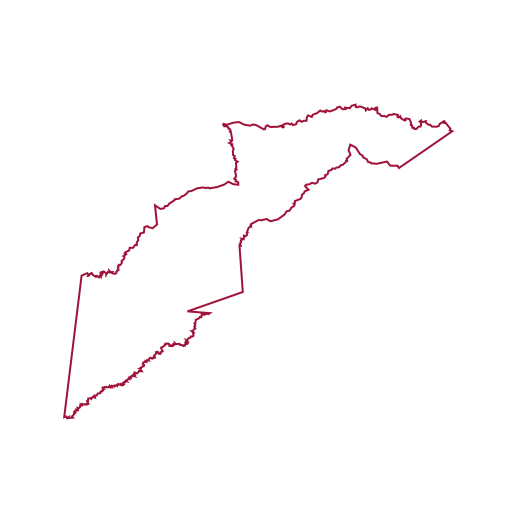 outline of La Montañita, Caquetá, Colombia, rotated 83°
{"feature_id": "7082276B18236401251587", "entity_name": "La Montañita", "entity_type": "district", "adm_level": 2, "iso_a3": "COL", "parent_name": "Colombia", "parent_adm1": "Caquetá", "projection": "robinson", "projection_center": [-75.265, 1.373], "detail": "fine", "context": "isolated", "style": "outline", "palette": "rose", "viewbox_px": 512, "rotation_deg": 83, "n_neighbors": 0, "source": "geoboundaries", "source_scale": "gbopen_adm2", "svg_char_len": 6125}
<svg xmlns="http://www.w3.org/2000/svg" viewBox="0 0 512 512"><g transform="rotate(83 256 256)"><path d="M120.9,272.0L121.5,272.6L123.4,271.7L123.3,270.2L124.5,268.1L126.3,267.8L126.4,266.7L128.3,265.9L129.3,266.8L130.0,265.8L138.0,265.4L138.8,266.0L138.3,267.1L139.6,266.6L140.5,268.6L141.0,267.4L142.6,267.1L142.4,266.0L143.9,266.3L147.2,265.1L148.8,266.2L153.1,266.4L154.2,264.9L156.0,266.0L157.0,264.6L157.9,265.3L160.2,262.8L161.0,264.5L165.9,264.8L166.8,265.7L167.8,264.8L168.7,266.5L174.5,266.0L176.7,268.1L177.7,266.7L179.4,267.3L180.0,265.3L181.1,264.6L183.1,264.9L182.0,269.7L178.9,274.4L181.2,278.7L182.8,286.0L183.2,293.9L182.2,295.3L182.5,296.9L181.5,300.5L181.7,306.5L183.5,311.7L183.8,315.6L185.3,316.8L187.4,320.3L187.7,322.5L189.7,325.1L189.8,329.8L190.9,330.3L193.2,335.4L195.6,337.8L195.3,340.2L197.4,341.4L197.6,345.2L193.4,350.1L212.7,350.4L215.8,355.2L214.3,359.1L213.1,360.0L213.7,363.2L219.0,364.4L219.5,368.1L222.1,369.0L223.1,371.0L226.0,370.9L227.8,372.6L230.7,373.0L230.3,374.6L232.9,377.0L232.5,380.4L235.0,381.2L236.5,385.4L238.0,384.7L238.0,385.7L238.7,385.2L240.0,387.6L241.1,386.7L242.5,387.1L244.7,390.1L246.3,389.9L247.8,391.0L248.4,392.3L248.0,393.1L249.6,394.4L250.4,393.8L252.6,395.0L253.1,394.3L254.5,396.5L255.8,396.6L256.5,397.9L256.2,399.5L255.4,400.8L254.5,400.2L254.2,402.5L252.8,403.4L254.3,403.5L253.6,404.6L256.3,406.9L254.8,406.7L252.7,409.1L253.1,411.0L253.8,410.4L253.9,411.3L254.6,411.1L254.4,410.3L255.7,411.0L254.5,412.4L257.9,412.5L256.9,413.6L258.1,414.5L256.3,416.2L256.3,417.4L257.1,417.6L255.0,420.2L252.0,421.5L253.6,421.4L253.6,423.2L255.1,424.2L255.2,425.1L254.3,424.5L252.5,425.6L254.2,431.5L392.5,466.0L392.0,464.2L393.6,463.5L393.1,462.0L393.9,462.6L394.1,457.4L392.9,458.2L391.0,456.0L389.2,455.6L389.9,454.8L389.4,453.7L389.3,455.0L388.0,454.6L388.4,453.9L387.5,453.4L387.5,452.5L386.6,452.9L387.0,451.5L385.0,451.6L385.6,450.7L384.8,449.3L382.4,448.5L383.3,448.1L381.8,446.9L382.8,446.4L382.0,445.7L382.9,442.5L382.5,441.2L382.1,442.2L381.6,440.7L379.5,441.2L379.6,440.3L377.1,440.0L376.9,437.3L377.8,436.9L375.9,435.2L376.9,433.1L374.8,433.3L375.1,431.3L373.3,429.9L373.1,427.1L371.9,427.0L371.3,425.3L370.2,425.4L371.3,424.8L370.5,424.0L368.4,424.3L368.9,423.0L367.9,423.4L367.6,420.8L368.3,419.9L368.0,417.7L367.3,417.3L368.7,416.8L368.8,415.8L368.1,416.7L367.1,415.3L367.7,414.6L367.3,412.5L368.2,412.2L367.0,410.0L368.0,409.5L366.2,408.4L367.0,407.3L366.5,406.2L367.8,405.7L368.1,403.9L367.5,403.0L366.8,404.3L365.9,403.8L364.9,401.9L365.6,402.0L365.5,401.1L364.0,400.5L364.4,399.6L363.8,400.0L362.6,397.9L362.9,396.7L361.4,396.7L362.2,395.1L360.9,394.3L360.7,395.3L359.8,393.3L360.5,391.4L359.9,391.9L359.5,390.5L358.6,390.8L358.6,391.7L357.8,390.3L357.6,391.2L356.8,390.8L358.0,388.2L356.0,386.0L356.3,384.1L355.6,384.8L355.5,384.1L354.9,384.6L353.5,383.9L353.3,384.9L351.3,380.5L350.4,380.4L349.7,381.6L347.9,380.8L347.7,379.2L346.7,378.7L347.8,377.5L346.2,376.9L346.7,375.1L345.8,375.5L344.1,373.4L344.7,372.1L344.2,369.7L344.9,370.2L344.5,368.7L342.7,369.5L340.3,366.6L339.3,366.9L339.0,365.4L341.3,364.2L341.4,362.7L339.9,362.5L339.3,360.3L335.5,361.5L334.1,358.1L332.0,356.7L332.1,355.8L332.8,356.2L332.0,354.5L332.6,353.1L334.1,352.9L334.3,351.3L334.9,352.0L335.3,349.8L334.2,347.9L333.4,348.5L333.2,347.3L332.3,347.3L333.8,345.9L333.8,342.7L335.0,342.3L335.2,340.5L336.5,339.3L335.7,338.2L336.2,337.6L335.1,337.4L335.0,335.2L334.2,334.4L333.5,335.8L333.0,334.6L332.4,335.9L331.8,335.1L330.8,335.6L331.3,334.5L329.7,333.5L328.9,330.9L328.0,330.7L328.1,328.4L327.3,327.6L325.0,328.0L324.6,327.0L322.7,328.9L322.8,327.6L321.4,326.8L320.7,325.1L318.6,325.9L317.8,324.7L315.4,325.3L315.0,324.2L312.1,323.6L310.7,319.7L309.6,319.1L310.0,317.6L307.4,317.1L308.0,314.4L307.0,314.0L307.7,312.8L307.1,311.9L307.9,310.3L307.1,308.7L302.6,330.8L290.1,273.5L243.5,271.1L243.9,269.9L241.4,270.3L240.6,269.1L238.7,269.2L238.0,267.6L237.2,268.1L237.9,266.2L234.4,265.4L235.2,264.5L234.2,262.4L231.9,262.4L231.6,261.5L231.0,261.9L227.1,259.9L226.6,258.5L225.2,257.8L225.8,257.2L223.7,257.0L220.5,248.6L221.2,246.7L220.6,240.9L223.3,237.4L222.3,229.8L218.3,222.6L215.3,220.1L215.1,217.2L212.4,215.1L211.0,212.1L209.8,211.4L208.6,212.3L208.0,210.9L206.2,210.7L204.8,205.0L202.9,203.3L200.9,203.0L199.6,200.9L197.7,199.7L196.7,195.8L192.6,198.8L191.4,197.7L191.3,194.0L190.1,191.5L191.4,188.7L190.5,186.1L187.6,184.9L186.9,179.2L185.6,177.4L184.4,177.7L183.6,175.0L180.4,173.7L179.7,170.5L178.4,169.5L179.0,166.8L178.1,165.7L178.0,162.7L176.3,161.0L176.1,158.9L173.7,155.4L172.6,155.1L172.7,153.9L170.6,154.2L167.2,149.9L162.2,151.2L157.0,148.8L160.5,143.7L167.3,140.5L169.5,137.9L171.1,137.6L173.5,134.3L176.5,133.2L177.0,131.1L178.1,130.3L179.2,124.7L178.2,114.6L182.7,111.7L183.7,104.5L186.1,103.4L156.1,46.0L154.8,48.4L153.4,47.5L145.1,52.8L145.4,53.6L146.7,53.2L146.0,55.0L147.3,57.6L149.2,58.7L149.7,61.1L149.0,65.6L146.9,67.2L146.7,68.9L144.3,71.2L142.8,71.0L143.4,73.8L142.7,75.5L141.6,75.6L142.5,77.1L143.1,76.3L145.7,76.1L147.4,76.8L147.5,79.1L149.4,81.2L149.3,83.3L147.9,83.6L147.8,85.2L145.3,85.3L145.0,86.3L142.3,85.9L138.8,87.0L137.7,90.6L138.4,91.4L139.4,91.1L139.6,92.1L136.8,95.5L134.9,95.7L135.8,97.7L135.1,98.6L133.3,98.0L131.8,102.2L132.4,103.3L132.1,107.0L133.9,109.4L132.8,111.1L132.4,114.5L130.0,116.0L129.1,118.0L123.4,117.7L123.5,119.4L125.5,119.8L123.5,123.1L124.7,124.4L124.6,126.2L123.0,127.1L124.8,129.2L122.9,129.5L120.8,133.2L120.1,135.1L120.8,137.4L120.3,138.8L117.9,138.8L118.6,142.9L120.7,144.8L119.6,149.4L121.1,149.2L120.9,152.2L118.0,154.6L118.5,157.4L119.7,158.3L120.6,160.9L121.5,165.2L119.9,168.4L121.6,169.0L121.8,170.1L120.4,170.9L120.7,172.8L119.4,174.5L121.5,177.8L122.8,182.6L124.8,183.7L122.8,187.2L124.6,188.6L127.9,189.4L127.6,192.2L128.4,194.3L126.6,196.3L128.0,199.2L130.0,200.0L130.6,203.3L128.8,204.5L129.7,206.1L128.3,208.1L128.3,210.8L129.5,214.0L131.2,212.7L131.7,213.4L129.8,216.0L130.4,218.0L129.7,226.1L127.6,228.7L128.5,230.5L131.1,231.5L131.4,232.6L126.1,239.9L125.1,242.9L125.9,245.8L124.2,251.8L121.0,256.5L120.9,262.1L122.2,269.1L120.9,272.0Z" fill="none" stroke="#9f1239" stroke-width="2"/></g></svg>